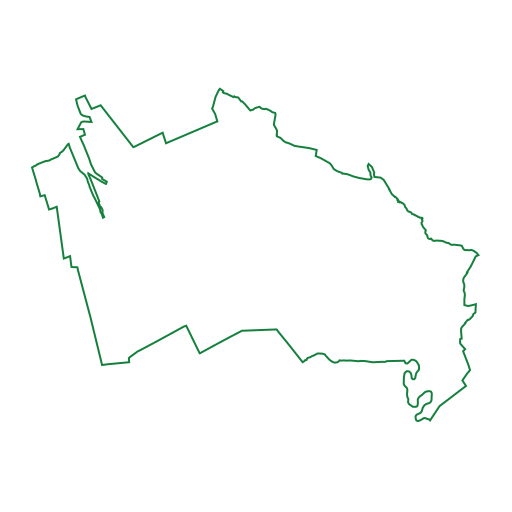 Harman, Brasov, Romania, rotated 89°
{"feature_id": "2599482B74827756897733", "entity_name": "Harman", "entity_type": "district", "adm_level": 2, "iso_a3": "ROU", "parent_name": "Romania", "parent_adm1": "Brasov", "projection": "robinson", "projection_center": [25.7, 45.718], "detail": "fine", "context": "isolated", "style": "outline", "palette": "green", "viewbox_px": 512, "rotation_deg": 89, "n_neighbors": 0, "source": "geoboundaries", "source_scale": "gbopen_adm2", "svg_char_len": 5949}
<svg xmlns="http://www.w3.org/2000/svg" viewBox="0 0 512 512"><g transform="rotate(89 256 256)"><path d="M192.6,470.6L191.5,466.2L205.9,462.1L204.9,458.6L203.3,454.4L255.2,448.2L252.9,441.9L263.7,440.7L264.0,438.7L264.1,435.1L264.2,434.8L266.3,434.3L266.5,434.4L315.2,422.4L362.3,411.8L361.6,405.6L360.0,384.7L355.8,384.9L355.1,384.1L349.4,376.1L348.3,373.7L338.9,355.3L325.4,329.6L324.5,327.0L352.3,314.0L352.3,313.8L344.3,298.5L335.6,281.6L330.5,271.3L329.8,237.5L329.8,236.6L332.0,235.1L346.3,223.9L363.0,211.2L361.9,209.4L360.9,208.6L360.9,207.5L360.7,207.2L359.4,206.7L358.9,206.1L358.1,203.6L357.0,201.5L356.4,199.8L354.6,196.3L354.5,195.8L354.8,191.4L355.6,188.9L356.4,188.4L360.0,185.3L361.3,184.0L362.3,182.7L363.4,181.0L364.0,179.1L363.7,176.6L362.8,175.1L361.8,174.3L361.8,173.9L362.0,173.5L362.1,172.7L362.1,172.0L361.9,170.8L362.0,170.2L361.9,169.4L362.1,168.6L362.2,168.0L362.1,163.5L363.0,155.5L363.0,155.0L362.7,153.6L362.9,149.4L363.0,148.5L364.3,141.1L364.0,131.6L364.1,129.5L364.0,128.4L363.9,127.9L363.5,127.3L363.4,127.0L363.3,109.6L365.8,108.4L366.1,106.4L362.6,102.5L362.4,100.8L363.1,99.0L364.3,97.3L367.4,95.4L368.8,95.0L371.0,94.9L372.8,95.2L374.6,96.9L375.8,97.7L377.6,98.3L380.6,98.9L381.9,99.8L382.0,101.2L381.0,102.4L377.7,102.7L375.6,103.4L374.3,104.6L373.9,106.0L373.8,107.3L374.8,108.6L375.9,109.5L380.1,110.3L386.6,110.5L388.7,109.4L389.8,108.1L390.9,107.3L392.8,107.0L396.5,107.4L399.5,107.2L401.7,106.2L404.8,106.5L406.5,105.8L409.4,102.0L409.6,99.6L409.3,97.8L408.4,97.1L405.6,96.7L402.6,96.8L400.5,95.9L398.9,94.2L398.0,92.7L395.1,89.5L394.3,87.5L394.2,84.6L394.7,83.4L395.8,82.8L397.1,82.6L400.1,82.9L403.1,83.0L404.6,83.7L405.4,84.3L406.2,85.5L406.5,87.2L407.9,90.0L410.6,91.9L413.9,92.9L415.5,94.0L416.2,95.1L416.7,96.5L417.4,98.0L418.2,98.8L419.0,99.2L419.8,99.3L422.1,99.0L423.0,98.6L423.5,98.0L423.8,97.3L423.5,95.4L421.0,90.9L421.0,89.7L421.8,87.8L422.5,85.5L423.4,84.8L409.3,75.1L389.6,48.3L384.0,51.8L377.3,47.0L373.9,44.0L368.4,45.6L354.8,50.6L352.8,48.5L347.2,53.3L345.4,53.5L342.5,53.2L342.2,51.8L334.3,52.3L332.0,52.1L330.7,51.4L327.0,47.9L326.6,48.1L323.5,45.4L323.6,44.6L323.0,43.5L319.9,40.4L317.9,39.7L316.3,37.6L308.0,37.0L309.4,42.8L309.7,44.9L308.7,48.5L302.5,48.4L299.5,47.9L297.1,47.9L294.0,49.0L290.3,48.2L288.1,48.3L285.2,49.3L283.1,49.2L281.5,48.7L276.5,44.9L276.0,45.4L270.1,41.4L260.2,36.3L259.0,33.6L257.1,35.1L256.2,36.1L254.8,38.0L254.3,39.0L253.7,40.6L254.0,43.3L253.7,44.8L253.8,46.2L253.8,46.8L253.5,47.5L252.7,48.4L249.4,50.1L249.1,50.7L248.1,57.9L248.3,59.8L248.2,60.4L247.9,61.2L247.0,62.3L246.3,63.4L246.2,64.8L245.7,66.2L244.4,68.7L244.3,69.8L244.0,71.0L243.9,73.2L243.7,74.7L244.0,78.1L243.0,79.6L241.7,80.6L241.7,80.9L242.0,81.3L242.1,81.7L241.7,83.0L241.0,83.7L240.1,84.1L239.5,84.3L238.4,84.4L238.1,84.6L237.2,85.5L236.3,86.2L234.8,86.3L233.5,85.8L233.0,85.9L232.5,86.3L231.9,86.9L230.2,88.2L229.3,88.8L227.4,89.4L227.2,89.8L225.5,89.9L225.2,89.6L224.3,89.1L223.7,88.9L223.3,89.0L222.4,89.6L221.9,89.6L221.4,88.9L220.9,89.1L220.7,89.4L220.6,89.8L220.6,91.0L220.4,91.8L219.8,92.6L219.8,93.2L219.0,94.0L218.8,94.8L217.9,96.1L218.0,96.6L217.8,96.8L217.2,97.4L216.6,99.4L215.3,100.0L214.9,100.7L214.2,102.7L213.9,103.1L213.1,103.8L212.5,104.2L211.4,104.6L210.6,105.1L209.8,105.9L208.2,106.4L207.2,106.9L205.7,108.5L205.6,109.1L204.7,110.2L204.6,110.6L205.0,111.2L204.9,111.5L204.3,111.7L204.4,112.9L204.0,112.9L203.9,112.6L203.5,112.5L202.8,112.7L202.7,113.4L202.2,113.2L201.5,113.4L201.2,113.7L201.1,114.2L200.6,114.3L199.4,115.5L199.2,115.9L199.3,116.3L198.6,116.7L198.6,116.9L196.5,119.1L193.2,120.9L192.2,121.2L192.1,121.5L191.7,121.8L191.3,121.6L182.1,127.0L179.8,130.1L179.0,136.2L176.6,136.6L175.8,136.6L174.7,136.3L169.1,138.5L166.0,141.8L168.0,142.8L171.9,141.8L174.7,140.1L177.4,140.1L179.6,139.0L181.0,139.7L181.4,140.9L181.3,143.7L179.8,151.4L178.2,157.1L176.0,162.6L175.1,167.0L175.2,168.2L174.3,168.8L172.9,172.6L171.9,174.5L170.3,176.8L166.4,179.0L164.5,180.7L159.3,189.6L157.1,194.5L151.0,193.5L149.0,201.2L147.4,210.9L146.6,215.5L145.4,217.8L143.6,221.8L142.9,224.3L141.4,226.5L138.3,229.5L137.0,232.5L136.5,233.1L135.6,233.3L135.2,232.9L133.9,233.0L132.0,232.8L130.7,232.9L128.6,233.9L126.7,235.0L124.9,235.9L115.3,234.0L114.0,234.1L113.3,234.4L112.5,237.2L110.9,239.3L109.0,243.3L109.3,245.1L108.9,247.2L108.4,248.3L106.9,249.9L107.5,252.4L108.3,254.7L109.6,256.3L110.4,259.2L104.3,264.1L101.2,267.1L101.2,268.1L97.2,271.0L96.9,272.4L96.9,273.6L96.0,275.0L96.7,275.8L94.5,280.2L93.3,282.2L92.6,285.1L91.8,286.3L90.6,285.8L88.2,289.2L89.5,290.3L96.3,293.7L105.9,296.4L107.8,297.3L113.5,294.3L120.8,292.3L121.6,294.5L141.7,344.0L131.1,347.2L144.5,375.3L145.0,376.8L102.6,408.7L106.1,417.9L94.4,423.6L92.6,424.2L93.1,425.6L96.2,433.2L102.5,431.8L110.8,428.8L112.2,427.3L112.8,425.9L113.5,423.7L114.1,420.0L119.1,418.2L118.5,425.8L118.8,427.6L119.4,428.5L126.1,432.2L126.1,426.4L131.8,424.9L133.8,429.9L138.9,427.8L139.6,427.4L142.2,426.3L155.5,421.2L161.4,419.4L167.1,416.7L169.6,415.4L170.4,414.6L174.7,408.6L175.0,408.4L176.3,408.5L179.1,403.9L181.3,404.7L181.2,405.1L179.0,409.0L173.6,417.5L170.4,422.2L171.0,422.3L177.5,419.6L191.4,414.4L198.8,411.7L199.6,412.5L204.2,410.8L204.4,410.0L206.8,408.8L208.0,408.5L209.5,408.8L211.1,408.5L214.4,407.1L215.1,408.3L214.9,408.4L212.3,409.1L211.1,409.6L209.8,410.5L209.0,410.8L206.8,411.1L203.1,412.7L194.1,416.9L193.0,417.6L185.6,420.5L184.4,421.0L181.9,421.6L179.0,422.8L175.5,423.6L171.7,426.0L167.9,430.4L165.2,432.1L144.8,440.1L140.6,441.3L141.1,442.2L146.1,446.0L147.6,447.3L148.9,449.0L149.5,450.1L151.5,451.1L153.1,452.4L154.9,456.7L156.1,459.8L156.5,460.2L156.8,460.7L157.2,462.7L157.3,463.9L157.5,464.2L157.5,465.1L157.7,465.5L158.6,468.1L159.5,470.2L159.8,471.4L160.4,472.2L160.4,472.9L160.9,473.5L161.4,474.0L162.1,475.5L162.2,476.1L162.7,476.7L163.2,477.7L163.4,478.0L163.6,478.4L176.5,474.7L179.1,474.1L188.2,471.5L190.7,470.9L192.6,470.6Z" fill="none" stroke="#15803d" stroke-width="2"/></g></svg>